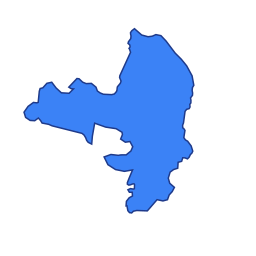 SVG path tracing the border of Jász-Nagykun-Szolnok, rotated 329°
{"feature_id": "HUN-3175", "entity_name": "Jász-Nagykun-Szolnok", "entity_type": "County", "adm_level": 1, "iso_a3": "HUN", "parent_name": "Hungary", "parent_adm1": "", "projection": "albers", "projection_center": [20.367, 47.222], "detail": "fine", "context": "isolated", "style": "filled", "palette": "blue", "viewbox_px": 256, "rotation_deg": 329, "n_neighbors": 0, "source": "natural_earth", "source_scale": "10m", "svg_char_len": 2009}
<svg xmlns="http://www.w3.org/2000/svg" viewBox="0 0 256 256"><g transform="rotate(329 128 128)"><path d="M179.3,47.5L181.4,46.6L184.7,46.2L187.6,55.3L192.2,60.1L196.1,61.8L200.0,62.3L203.8,65.8L205.4,73.0L207.0,88.1L209.1,96.5L210.3,104.9L209.8,116.3L206.4,125.3L204.1,126.5L202.3,128.9L201.4,131.3L200.1,133.2L197.1,134.4L196.2,136.7L194.8,138.9L193.1,139.6L192.0,141.9L190.4,142.9L187.9,142.2L185.5,143.1L178.2,152.2L176.3,153.7L175.0,156.0L175.5,157.1L175.6,159.4L170.9,165.0L171.1,167.8L172.3,170.0L172.9,175.9L171.6,181.2L169.7,182.5L167.8,182.9L165.4,184.5L163.1,185.1L161.5,183.0L159.6,181.7L156.8,184.2L153.3,183.2L149.9,188.1L145.7,187.1L141.4,187.5L136.7,191.7L135.3,196.9L137.2,202.8L133.1,205.3L128.8,206.6L124.9,209.8L120.4,208.5L116.0,204.4L101.9,209.0L93.0,203.2L89.8,202.1L87.4,202.7L85.7,201.3L85.3,198.8L87.0,194.2L86.2,193.8L88.9,190.0L93.1,188.4L96.8,188.6L98.5,185.3L96.1,183.8L96.1,180.9L98.9,181.2L101.1,183.1L102.2,183.3L104.4,180.0L104.4,178.9L103.0,178.3L101.0,178.0L99.3,177.4L98.5,175.9L99.3,174.5L103.5,171.3L110.3,166.3L102.6,163.3L95.9,157.2L91.9,149.1L92.6,140.5L99.7,141.9L105.7,146.5L107.4,147.1L109.3,148.1L112.6,150.1L118.7,149.2L122.4,146.5L122.7,140.6L118.4,138.8L116.0,133.7L119.8,130.8L120.7,128.6L117.5,122.5L109.3,115.7L101.9,106.7L93.3,116.6L88.6,123.1L86.5,119.8L86.2,117.3L86.7,114.6L86.7,111.4L85.8,108.9L64.1,87.1L61.9,84.0L56.9,79.5L56.9,76.6L56.3,73.3L51.8,73.7L48.0,71.1L45.7,66.2L47.0,60.9L53.5,58.0L60.1,57.4L62.8,59.5L64.2,59.8L70.9,50.8L73.0,48.9L75.7,49.7L81.5,47.9L86.2,49.5L87.0,56.7L89.0,63.5L95.4,67.9L101.4,66.4L99.5,65.0L98.3,62.5L109.7,59.3L111.4,60.6L112.7,65.3L115.0,68.4L119.6,70.9L121.6,76.5L120.8,80.5L122.2,83.6L124.3,86.4L131.2,91.0L133.9,91.8L136.9,90.8L138.0,89.9L139.5,87.9L140.2,87.2L144.5,85.7L146.2,84.2L146.8,80.4L147.9,79.0L169.2,64.4L169.9,61.3L169.9,60.2L170.9,60.0L171.5,59.5L171.9,58.8L172.3,57.6L171.6,55.5L172.8,54.3L176.4,52.8L178.0,50.6L178.6,48.8L179.3,47.5Z" fill="#3b82f6" stroke="#1e3a8a" stroke-width="1.5"/></g></svg>